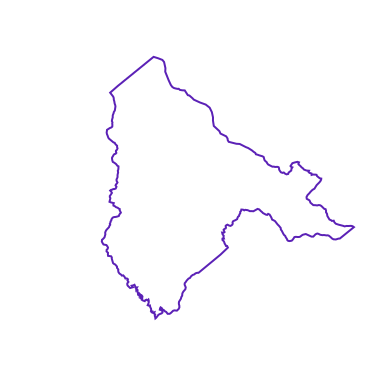 outline of Bodoquena, Mato Grosso do Sul, Brazil, rotated 141°
{"feature_id": "56859067B40627411909048", "entity_name": "Bodoquena", "entity_type": "district", "adm_level": 2, "iso_a3": "BRA", "parent_name": "Brazil", "parent_adm1": "Mato Grosso do Sul", "projection": "albers", "projection_center": [-56.688, -20.537], "detail": "fine", "context": "isolated", "style": "outline", "palette": "violet", "viewbox_px": 384, "rotation_deg": 141, "n_neighbors": 0, "source": "geoboundaries", "source_scale": "gbopen_adm2", "svg_char_len": 6064}
<svg xmlns="http://www.w3.org/2000/svg" viewBox="0 0 384 384"><g transform="rotate(141 192 192)"><path d="M297.9,144.4L297.4,143.4L296.2,143.4L296.2,142.1L297.3,141.0L297.6,142.1L298.8,142.2L298.3,140.9L298.9,140.0L298.4,138.5L297.4,136.9L296.4,137.3L295.2,137.0L294.9,135.9L293.5,135.9L293.9,134.9L295.0,133.5L296.5,132.5L297.7,131.9L297.0,130.7L296.1,130.3L297.0,128.6L297.2,127.2L297.9,126.1L298.8,125.3L298.0,124.2L299.0,123.8L298.5,122.8L296.9,122.2L298.0,121.5L297.7,120.0L298.8,119.3L299.3,118.0L300.0,116.8L298.9,116.8L295.3,117.7L293.1,117.2L292.1,116.8L290.8,116.9L289.9,118.0L290.4,119.8L291.1,120.8L290.0,121.7L289.0,122.1L288.6,120.9L288.8,119.3L288.2,117.9L288.1,116.3L287.5,115.0L287.6,112.7L286.0,111.4L284.4,111.3L281.5,111.6L280.2,111.1L278.4,109.3L276.0,109.5L274.5,110.2L273.4,111.6L272.8,113.0L272.1,114.0L271.1,114.9L267.9,116.0L266.2,117.2L264.9,117.6L263.5,119.1L262.4,119.7L261.2,120.1L258.4,120.6L256.9,121.8L256.5,123.0L256.3,124.0L255.8,125.0L255.0,125.7L254.0,125.9L253.1,126.1L252.0,126.5L249.2,126.9L247.6,126.5L245.8,127.1L243.7,127.1L242.0,126.5L240.7,126.6L239.6,126.3L238.6,125.8L237.8,125.1L209.3,125.4L199.1,126.2L198.7,127.9L199.6,128.8L199.2,129.8L199.1,131.4L198.6,132.5L198.3,133.6L198.5,135.6L197.7,136.5L196.5,135.7L196.0,137.1L194.9,138.0L194.9,139.8L194.1,141.5L193.0,140.4L191.9,140.4L191.3,142.7L190.1,142.9L188.7,142.5L187.9,143.1L187.3,144.4L186.2,144.6L185.0,144.3L184.3,142.6L183.5,141.5L182.3,141.2L181.0,141.3L180.1,142.0L179.6,142.9L178.6,143.4L177.4,143.2L176.0,142.8L174.0,142.5L172.7,143.4L171.8,143.8L170.4,143.8L169.5,144.6L167.8,145.2L167.1,146.2L165.9,146.4L164.7,147.3L163.4,146.1L163.0,144.9L161.9,144.7L161.1,143.8L160.3,143.0L159.7,142.0L159.1,140.7L157.8,139.7L156.4,138.4L151.7,137.6L150.7,136.1L150.5,133.8L150.2,132.4L150.1,131.0L148.8,127.9L148.0,126.9L146.6,127.1L145.9,125.6L146.1,124.0L146.4,122.2L147.1,120.1L146.4,118.7L145.8,117.1L145.9,112.8L145.7,111.1L145.7,108.2L146.6,106.9L146.6,105.5L147.2,102.7L147.5,100.9L147.2,99.2L147.6,97.9L147.8,95.7L148.2,94.7L148.0,93.5L147.0,92.4L145.1,91.4L143.7,91.6L142.2,92.0L140.8,92.5L139.5,91.8L138.3,90.6L137.2,89.7L136.0,89.2L134.1,89.2L132.7,89.0L131.4,88.4L130.0,87.7L127.2,82.1L125.8,81.0L122.6,81.4L120.8,80.9L120.1,80.0L119.2,78.0L117.9,76.5L116.3,75.3L114.9,73.7L113.9,73.0L113.2,72.1L112.7,69.9L112.4,67.6L111.8,66.2L110.1,64.6L107.5,63.6L106.4,62.8L88.3,62.8L88.7,64.3L89.7,65.6L91.9,67.2L93.2,68.3L95.1,69.3L95.7,70.4L98.6,74.3L100.2,76.8L100.4,78.9L99.9,80.5L101.5,81.5L101.7,82.6L102.5,84.1L101.9,88.2L100.8,90.1L100.6,91.9L99.6,93.1L99.0,94.6L99.8,95.6L100.3,99.9L100.9,101.3L101.9,102.2L103.2,102.8L104.1,103.8L106.0,105.5L106.7,109.3L106.2,110.4L106.0,111.7L107.1,114.5L106.2,116.0L104.1,116.9L101.4,117.2L100.2,117.5L97.7,117.8L96.6,117.8L94.8,117.5L90.8,118.9L87.0,119.3L85.2,119.7L83.9,120.3L83.1,121.1L84.1,122.3L84.5,124.2L84.8,125.7L84.4,127.0L85.2,127.9L86.1,128.6L87.0,129.5L88.3,130.0L87.5,131.2L88.7,133.0L88.8,134.4L87.7,134.9L89.4,136.5L90.2,137.8L90.9,139.1L90.9,140.7L91.3,142.1L91.4,144.0L91.7,145.6L91.7,146.9L90.2,147.7L91.1,149.1L93.8,150.4L95.8,151.2L99.1,150.2L99.1,149.0L98.5,148.0L100.0,147.5L101.4,146.2L104.7,146.3L105.9,145.5L107.4,146.2L108.1,147.6L108.4,149.4L109.6,149.9L110.5,151.4L110.4,153.2L110.2,154.5L109.4,155.7L109.1,156.8L109.8,157.8L111.7,159.2L112.4,160.2L113.6,161.1L115.5,165.4L115.5,167.0L115.2,168.2L115.5,169.7L115.6,171.0L115.1,172.3L114.3,174.0L114.7,175.3L116.7,178.2L117.5,179.6L118.6,181.1L118.2,182.5L118.8,184.4L119.3,186.8L120.7,190.9L121.8,192.8L124.7,199.3L127.2,201.6L131.9,207.9L131.6,209.8L130.7,211.2L130.4,213.7L133.1,219.5L132.4,222.0L133.5,229.6L130.7,234.4L128.7,236.8L126.3,241.6L125.2,246.4L126.3,251.3L129.5,256.6L132.5,262.7L132.6,264.5L133.3,268.6L134.3,269.9L133.7,275.5L135.6,277.2L137.1,278.9L137.4,280.6L138.4,281.3L139.7,282.9L140.6,284.2L141.2,286.0L141.1,288.5L139.8,293.6L137.1,302.3L134.7,305.0L131.9,310.6L131.9,313.3L134.2,317.3L136.8,321.2L182.7,321.1L193.1,320.7L193.2,315.7L193.7,314.3L194.7,312.9L195.3,311.4L196.5,309.3L197.0,307.8L197.7,306.6L200.7,303.9L202.5,303.3L203.6,302.4L204.8,301.8L205.8,301.0L206.5,300.0L208.6,298.5L209.6,297.6L210.0,296.2L211.0,295.3L211.6,294.3L212.8,293.0L214.0,292.9L215.5,293.4L218.9,293.8L221.0,291.8L221.8,290.2L222.0,289.2L222.6,287.7L223.0,286.1L222.7,284.5L221.8,279.9L221.1,278.9L221.4,277.3L221.1,275.1L222.0,274.0L222.4,272.8L223.7,272.1L225.0,272.0L225.7,271.3L226.2,270.0L227.4,269.8L228.5,270.3L229.7,270.1L231.1,269.5L232.4,269.1L233.2,268.2L234.1,266.6L234.6,265.2L233.9,263.5L233.4,261.3L233.5,259.5L233.0,258.2L234.1,256.9L235.3,255.7L236.3,255.2L237.1,253.7L238.8,252.4L239.6,251.6L240.4,250.5L241.7,249.7L242.7,249.3L243.6,248.1L243.9,246.3L245.0,245.9L246.4,245.7L247.3,245.2L247.4,243.6L249.1,242.7L250.4,243.1L251.3,243.8L252.7,244.1L253.6,244.6L254.7,244.6L254.6,242.9L254.8,241.7L256.9,241.0L258.4,240.6L259.1,239.7L259.3,238.6L262.3,236.3L261.6,235.0L259.8,232.6L260.7,232.1L261.6,230.9L260.9,229.5L260.6,228.0L259.7,226.6L259.4,225.3L258.9,224.2L259.7,223.3L260.0,221.8L260.3,220.7L261.6,220.5L263.0,220.0L263.9,219.4L265.2,219.8L266.9,220.6L268.4,221.6L269.8,222.0L271.9,221.4L272.7,220.6L273.8,220.4L274.6,219.6L275.9,219.0L276.2,218.0L277.4,217.7L278.6,216.9L282.3,216.4L283.9,215.8L285.1,215.0L286.0,213.6L288.6,211.8L290.7,211.5L292.0,211.5L293.3,210.2L293.7,208.1L293.8,206.9L291.9,204.6L292.0,202.8L292.3,201.6L293.4,200.9L294.7,200.8L295.8,199.6L295.5,197.7L296.6,196.5L297.4,195.2L295.3,192.9L295.5,191.6L296.3,190.7L298.1,186.4L297.9,185.3L297.3,184.0L297.2,181.3L298.0,180.3L298.0,179.2L298.1,178.1L298.9,177.3L299.6,175.9L299.7,174.3L299.1,172.3L299.1,171.1L297.9,170.5L297.8,168.6L298.2,166.7L297.0,165.8L296.7,164.5L297.8,163.9L298.0,162.1L299.8,161.7L300.7,160.6L300.9,159.5L300.5,156.3L297.9,155.2L297.8,157.1L296.4,156.4L295.1,156.1L295.4,154.8L296.0,153.4L294.8,152.5L296.2,152.1L297.0,150.9L296.0,151.1L296.0,150.0L297.3,148.8L297.5,147.7L298.6,146.1L297.9,144.4ZM297.9,144.4L296.8,145.7L296.7,144.4L297.9,144.4Z" fill="none" stroke="#5b21b6" stroke-width="2"/></g></svg>